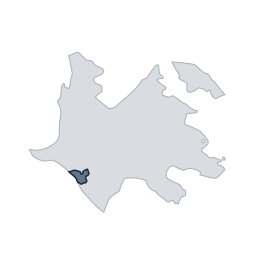 Siyəzən highlighted on a map of Azerbaijan, rotated 171°
{"feature_id": "AZE-1712", "entity_name": "Siyəzən", "entity_type": "District", "adm_level": 1, "iso_a3": "AZE", "parent_name": "Azerbaijan", "parent_adm1": "", "projection": "albers", "projection_center": [49.056, 41.028], "detail": "fine", "context": "in_parent", "style": "filled", "palette": "slate", "viewbox_px": 256, "rotation_deg": 171, "n_neighbors": 0, "source": "natural_earth", "source_scale": "10m", "svg_char_len": 3598}
<svg xmlns="http://www.w3.org/2000/svg" viewBox="0 0 256 256"><g transform="rotate(171 128 128)"><path d="M175.1,209.0L174.1,208.9L166.5,210.7L164.9,210.1L158.5,201.8L157.2,200.9L154.4,200.5L152.8,199.2L151.5,196.9L150.8,195.3L144.2,190.8L143.2,189.1L143.1,187.7L144.1,186.4L145.2,185.3L148.5,184.3L152.3,183.3L153.5,182.7L154.1,181.5L154.1,179.6L153.5,177.7L148.1,174.3L147.5,172.8L147.4,171.0L147.7,169.1L148.5,167.7L153.0,165.7L155.4,163.6L153.9,161.3L149.2,156.0L143.7,150.1L139.9,150.0L135.6,151.7L128.6,156.5L124.7,158.6L119.7,162.0L114.1,165.8L109.6,169.8L106.7,173.1L101.7,174.5L99.1,177.3L90.5,185.7L88.2,185.5L88.2,181.2L88.4,177.9L87.9,175.9L85.3,173.1L85.3,172.0L86.0,171.3L88.1,171.8L90.7,171.7L92.0,170.7L89.3,167.1L86.8,164.7L84.8,163.1L84.3,162.1L84.3,161.4L84.8,160.6L88.5,158.8L88.9,157.0L88.7,155.0L83.0,151.9L78.7,152.9L74.9,149.5L72.5,146.9L69.5,144.0L66.8,142.4L64.3,138.9L59.8,135.2L56.9,134.1L56.9,133.6L57.5,132.9L58.8,132.4L66.9,132.9L68.0,132.3L68.5,130.8L69.7,128.6L71.2,125.4L71.1,122.6L63.1,117.8L57.3,113.5L53.4,107.9L50.9,102.8L51.0,101.1L51.9,99.6L58.4,95.3L58.9,94.1L58.8,93.3L56.6,90.9L53.9,88.3L53.1,86.5L51.3,85.6L47.9,85.4L42.2,82.1L40.9,81.8L40.7,81.2L41.0,80.6L45.2,79.6L45.2,78.6L44.0,77.2L41.7,76.2L39.6,73.7L38.9,71.6L46.8,65.7L49.1,64.6L54.0,65.9L64.2,70.4L63.4,72.7L64.4,74.0L66.7,75.9L71.2,77.8L75.1,78.8L77.0,78.1L80.0,77.6L83.8,79.7L87.3,82.4L89.1,83.5L90.0,83.9L92.7,83.1L96.1,79.9L97.5,75.9L97.9,73.9L96.1,71.2L92.3,68.2L88.0,65.5L85.2,63.2L83.6,58.7L81.8,58.1L81.4,57.6L81.1,56.0L81.3,53.9L82.0,52.3L83.7,51.7L85.5,51.5L87.2,50.0L89.3,47.0L90.2,45.3L93.9,46.4L94.3,49.1L95.0,49.7L96.6,49.5L99.2,48.4L101.2,49.3L103.8,52.6L107.4,56.2L109.4,58.5L110.1,60.1L112.0,61.7L114.7,63.6L116.8,66.5L118.7,73.1L120.6,74.7L127.8,77.3L130.3,77.9L137.3,78.9L139.8,78.3L143.5,72.6L146.8,66.8L149.8,65.6L155.4,62.8L158.7,60.2L160.1,57.3L163.2,51.9L165.1,48.8L168.3,51.6L173.9,59.0L181.8,71.0L183.8,74.4L185.1,78.3L186.2,83.1L188.0,87.3L196.3,97.9L199.8,101.8L205.6,106.9L207.7,108.0L210.4,108.3L215.3,108.3L220.0,110.2L222.2,111.6L224.6,113.5L226.7,115.8L228.9,122.1L220.9,120.1L212.9,120.5L208.4,121.9L204.0,123.8L199.8,126.4L197.1,131.4L195.0,143.0L191.7,153.9L191.8,158.9L193.3,163.8L193.1,166.1L191.6,167.0L189.8,169.1L187.2,179.1L186.0,181.1L184.4,182.3L183.9,181.1L184.0,178.5L180.4,176.2L178.6,178.8L177.3,184.3L174.6,190.1L174.5,191.2L175.1,209.0ZM57.1,104.1L57.5,102.5L56.5,101.8L55.5,101.7L54.5,102.5L54.5,104.4L55.7,104.8L57.1,104.1ZM28.7,148.2L27.6,146.6L27.1,145.7L30.7,145.1L36.7,143.2L38.3,144.3L39.9,146.6L40.7,148.5L40.7,152.0L41.4,152.6L44.3,151.5L45.6,153.0L47.7,154.8L51.5,156.6L57.2,154.2L60.0,153.7L62.3,153.8L63.5,154.7L63.8,157.4L63.2,160.7L62.5,162.5L63.6,163.8L68.1,167.2L70.0,169.1L68.9,172.1L72.1,179.8L73.1,182.8L74.4,186.4L67.4,184.8L54.8,181.2L51.4,179.5L48.3,175.2L46.4,173.1L43.6,170.3L41.3,169.3L39.6,167.4L38.7,164.6L37.3,162.2L34.8,159.2L29.4,149.3L28.7,148.2ZM39.1,84.0L38.4,84.5L37.2,83.9L36.9,82.7L37.1,81.4L38.2,81.2L39.2,81.6L39.4,82.7L39.1,84.0Z" fill="#d9dde1" stroke="#a8b0b8" stroke-width="1"/><path d="M186.1,82.0L186.3,82.5L186.9,85.9L188.6,88.7L192.9,93.5L193.2,94.0L191.6,94.0L190.3,94.2L188.6,94.7L186.9,94.5L185.4,94.0L183.9,93.1L182.9,92.7L182.0,92.1L181.8,90.4L181.0,89.7L180.2,89.9L179.7,90.6L179.5,91.3L179.3,92.0L178.1,92.7L176.8,93.1L175.7,93.5L174.5,93.6L174.0,91.4L173.7,89.3L174.3,88.1L175.3,87.3L176.0,87.2L176.7,87.1L177.2,86.4L177.6,85.6L177.5,83.9L176.9,82.3L178.1,80.6L180.6,80.6L181.7,80.2L182.9,79.8L184.2,80.9L185.6,82.0L186.1,82.0Z" fill="#64748b" stroke="#1e293b" stroke-width="1.5"/></g></svg>